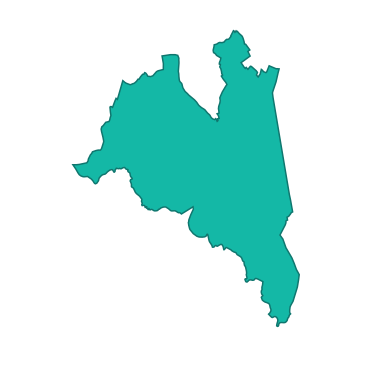 Di An, Bình Dương, Vietnam (Equal Earth projection), rotated 168°
{"feature_id": "81297802B25090486882402", "entity_name": "Di An", "entity_type": "district", "adm_level": 2, "iso_a3": "VNM", "parent_name": "Vietnam", "parent_adm1": "Bình Dương", "projection": "equal_earth", "projection_center": [106.783, 10.917], "detail": "fine", "context": "isolated", "style": "filled", "palette": "teal", "viewbox_px": 384, "rotation_deg": 168, "n_neighbors": 0, "source": "geoboundaries", "source_scale": "gbopen_adm2", "svg_char_len": 6060}
<svg xmlns="http://www.w3.org/2000/svg" viewBox="0 0 384 384"><g transform="rotate(168 192 192)"><path d="M142.5,56.6L141.1,54.3L140.2,53.0L139.7,52.6L139.2,52.5L137.7,53.0L137.1,53.0L136.2,52.7L135.6,52.1L135.0,51.1L134.7,50.0L134.7,49.1L134.9,48.0L136.1,45.8L136.8,44.2L137.0,43.5L136.4,42.8L135.7,42.8L135.3,43.1L134.9,43.7L134.4,45.0L133.9,45.5L133.3,45.8L131.8,45.8L129.4,45.1L128.2,45.0L127.5,45.2L126.6,45.7L125.7,46.5L124.8,48.2L124.1,49.0L123.3,49.6L122.4,51.3L120.9,52.3L121.3,53.0L121.4,53.6L121.4,54.4L120.9,56.5L119.9,59.3L118.8,60.8L115.9,64.1L108.7,77.1L105.9,84.3L104.3,88.9L106.0,94.5L106.9,100.9L108.0,106.8L111.7,117.9L112.9,127.1L114.9,131.6L107.6,140.5L106.5,142.4L106.5,142.8L106.1,144.0L105.7,144.4L104.4,144.7L104.3,147.6L102.5,148.1L100.6,149.7L99.1,151.2L97.7,151.6L97.3,163.7L97.3,169.2L93.1,267.6L92.7,272.2L92.0,273.6L86.9,282.3L83.0,290.7L81.2,294.3L83.4,295.0L84.0,295.0L90.3,299.4L93.9,294.0L94.7,293.4L94.9,293.4L97.0,294.8L97.9,296.6L98.7,297.5L100.8,293.2L103.4,290.8L104.6,293.0L103.1,295.4L104.1,297.4L107.4,301.9L108.3,302.8L108.8,302.8L111.8,300.4L113.1,302.6L114.2,301.8L115.0,303.1L117.1,308.3L106.9,312.9L108.1,317.9L105.9,318.9L108.7,325.2L109.0,325.5L109.7,325.7L109.9,325.9L109.8,328.0L110.0,331.0L110.3,333.0L110.8,334.4L112.9,337.2L114.1,339.4L114.3,339.7L114.8,339.5L115.4,340.5L116.8,339.3L117.4,340.8L117.9,341.2L121.8,336.4L121.7,335.9L124.3,333.9L124.9,333.8L126.1,334.1L126.6,334.0L127.6,333.5L129.8,331.8L130.3,332.0L131.5,331.8L133.7,332.5L134.2,332.5L135.2,332.3L137.2,331.5L139.7,331.4L140.2,329.8L141.8,326.4L141.9,325.6L141.9,323.8L141.5,323.7L140.2,322.0L139.6,320.5L135.9,317.1L136.9,314.9L138.1,313.2L138.7,311.6L138.7,311.4L137.7,310.9L138.0,310.0L138.8,308.7L138.8,308.4L138.2,306.7L138.1,303.7L138.3,301.6L137.8,300.0L139.2,299.3L137.9,295.7L136.1,292.1L135.5,289.8L136.9,288.6L141.5,283.6L144.1,280.0L145.2,278.3L145.4,275.5L146.2,273.4L148.1,270.1L148.8,268.0L149.0,264.6L149.2,263.6L151.2,263.3L150.4,261.4L150.3,260.7L150.2,258.4L151.8,258.3L151.8,256.4L152.7,255.9L153.0,257.3L153.6,258.8L154.8,258.1L156.4,259.1L157.2,260.0L157.9,261.2L158.4,263.0L158.8,263.9L160.4,266.0L162.4,269.9L165.2,272.6L167.1,275.0L167.6,275.9L168.8,278.9L170.4,281.6L175.1,287.6L176.0,289.2L177.9,291.8L179.1,295.3L179.3,296.2L179.4,299.6L179.6,300.5L180.5,301.9L181.0,302.9L181.1,303.5L181.1,304.8L180.8,307.9L180.4,310.3L180.3,312.8L178.0,320.7L177.7,322.2L177.4,324.3L177.1,325.1L177.1,326.3L177.4,327.6L177.5,328.6L179.9,329.8L184.5,330.8L193.0,331.3L193.3,323.6L194.6,317.8L200.0,317.6L201.7,317.1L206.1,313.8L208.5,313.5L211.3,314.5L211.6,316.0L212.2,317.3L212.7,318.1L213.5,318.6L214.6,317.2L215.6,317.4L216.2,317.1L218.5,315.3L220.4,313.3L221.3,313.6L223.3,311.8L225.0,310.8L226.1,310.3L227.6,310.2L229.4,309.8L230.2,309.8L233.9,312.2L234.9,313.2L236.5,315.3L245.7,298.1L246.8,299.4L248.5,297.0L252.1,291.3L253.1,292.3L254.1,292.5L254.6,292.0L255.2,287.1L255.4,283.7L256.5,281.8L257.5,279.6L258.5,278.2L261.9,278.1L264.9,275.5L266.7,274.5L267.8,272.4L267.9,270.0L267.7,264.0L267.8,260.0L268.3,258.8L271.5,253.2L272.8,252.0L275.1,252.5L277.2,252.5L281.0,252.0L282.1,250.6L283.7,249.4L286.5,245.8L287.2,244.0L288.8,242.4L296.5,242.4L299.4,242.7L302.8,243.4L300.9,238.7L299.5,234.3L298.7,232.4L297.4,230.9L295.6,229.7L294.4,229.3L290.9,228.9L287.7,225.5L286.5,223.3L285.8,221.3L285.4,220.6L284.7,220.1L283.3,220.4L281.1,222.5L280.1,224.7L278.3,226.2L276.8,227.1L275.6,227.5L273.3,227.6L272.2,228.1L270.5,229.3L268.1,230.4L266.7,230.6L266.0,230.6L265.4,230.4L264.9,229.8L264.4,228.1L264.1,227.6L263.7,227.6L263.0,228.2L262.5,229.8L261.7,230.2L261.2,230.9L260.8,230.9L259.3,230.1L258.3,230.0L258.0,230.2L256.8,229.5L256.1,229.5L254.6,230.1L252.9,230.0L252.4,229.3L251.9,228.3L251.4,227.8L250.2,227.4L250.0,227.0L250.0,226.8L250.4,226.3L250.3,225.2L249.0,223.8L248.8,223.3L248.9,221.1L248.8,220.0L247.7,217.8L247.8,217.3L248.1,217.0L249.4,216.9L249.6,216.7L250.2,215.6L249.9,214.4L249.7,213.0L249.7,211.6L250.0,210.6L250.1,209.8L249.9,209.4L248.9,208.5L248.4,207.6L247.5,203.6L246.7,202.0L244.1,198.8L243.2,196.7L242.8,196.1L242.6,195.4L242.7,194.8L243.3,193.6L243.3,193.0L243.0,191.4L243.2,190.9L243.7,190.3L243.8,189.7L243.6,189.1L243.2,189.0L241.9,189.0L241.3,188.6L241.0,187.8L241.1,187.0L241.0,186.7L240.6,186.7L239.9,187.2L239.4,187.0L239.3,186.6L239.4,186.3L239.9,186.3L240.0,186.2L239.8,185.7L239.0,184.9L238.5,183.9L238.3,183.9L237.9,184.6L237.6,184.8L237.4,184.5L237.2,183.8L237.0,183.4L236.6,183.2L236.0,183.4L235.2,183.4L234.7,183.2L233.2,181.7L232.7,181.4L231.5,181.1L230.0,181.0L229.2,181.2L228.4,181.9L227.4,182.0L225.8,182.8L224.9,183.0L223.5,183.2L221.4,183.0L220.7,182.7L218.5,180.6L216.8,178.3L215.8,177.7L213.2,177.3L212.2,177.0L209.9,174.8L209.4,174.5L208.5,174.4L208.1,174.2L206.9,172.7L194.1,177.3L194.2,175.0L194.7,174.3L198.0,169.9L200.9,165.3L201.4,163.7L201.9,162.9L202.1,160.1L202.0,157.1L201.8,155.7L199.4,151.0L196.4,147.7L194.4,146.5L191.2,145.7L188.8,145.5L187.1,146.1L186.3,147.4L185.6,147.4L185.4,146.8L185.4,143.4L185.4,141.0L185.2,139.7L184.1,136.9L183.5,135.1L183.6,134.1L183.3,133.7L182.2,133.6L181.6,133.8L180.5,134.7L179.6,134.7L179.0,133.9L178.3,133.7L176.4,134.4L174.6,134.8L173.7,134.4L173.1,132.9L172.9,131.8L172.9,129.0L172.4,128.9L170.4,130.5L169.7,130.5L165.9,127.3L165.4,126.4L163.6,124.7L161.7,123.6L160.9,121.4L157.9,118.6L157.1,117.0L156.8,114.5L156.6,113.9L155.7,112.8L155.7,111.9L155.9,111.3L155.9,110.2L155.9,109.2L155.4,108.2L155.2,107.1L155.2,103.4L155.4,101.6L155.7,100.5L156.1,99.9L156.1,98.7L156.0,97.2L156.3,96.1L156.9,95.7L157.9,96.0L158.4,95.4L158.1,93.4L157.7,92.8L156.9,92.5L155.4,93.3L155.0,93.7L154.4,93.9L153.8,94.0L152.6,93.8L151.3,93.1L150.6,93.0L149.7,93.0L148.9,93.5L148.5,94.0L147.5,94.2L145.9,93.3L141.3,89.6L142.4,86.2L143.1,85.0L143.6,83.6L143.7,82.2L144.6,81.0L144.9,80.3L145.1,79.3L145.0,77.6L144.3,76.0L145.2,75.2L145.8,74.9L146.1,74.5L145.7,71.7L144.8,70.5L143.5,69.2L141.9,68.3L140.0,66.9L139.5,65.3L139.5,62.6L139.2,60.7L139.4,59.8L139.7,59.1L140.9,57.6L142.5,56.6Z" fill="#14b8a6" stroke="#0f766e" stroke-width="1.5"/></g></svg>